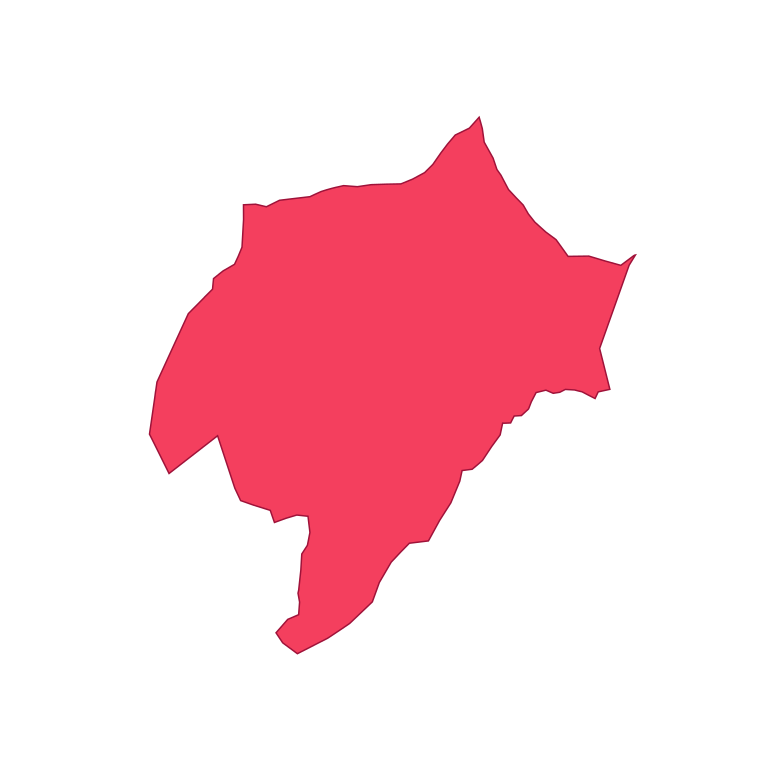 Tandjilé Est, Tandjilé, Chad (Albers equal-area conic projection), rotated 109°
{"feature_id": "50815135B89886025568853", "entity_name": "Tandjilé Est", "entity_type": "district", "adm_level": 2, "iso_a3": "TCD", "parent_name": "Chad", "parent_adm1": "Tandjilé", "projection": "albers", "projection_center": [16.729, 9.658], "detail": "fine", "context": "isolated", "style": "filled", "palette": "rose", "viewbox_px": 768, "rotation_deg": 109, "n_neighbors": 0, "source": "geoboundaries", "source_scale": "gbopen_adm2", "svg_char_len": 1887}
<svg xmlns="http://www.w3.org/2000/svg" viewBox="0 0 768 768"><g transform="rotate(109 384 384)"><path d="M180.2,188.3L180.7,189.1L182.0,190.1L185.6,192.5L194.7,198.7L195.7,215.0L196.1,225.0L196.4,232.0L203.4,251.5L197.2,260.2L191.5,268.3L187.6,280.6L181.9,294.0L176.2,302.9L169.5,310.6L167.3,314.9L165.1,319.3L159.6,329.6L148.5,341.4L145.2,346.0L144.4,347.1L134.9,354.4L122.7,368.0L110.5,374.2L104.6,378.2L100.8,380.9L114.3,386.6L125.4,397.7L136.4,402.0L147.1,405.5L160.5,409.3L170.9,414.4L181.1,423.8L189.3,433.2L194.4,447.1L199.7,461.0L206.1,473.4L209.6,486.8L213.2,492.6L213.4,493.0L215.8,496.7L217.1,498.6L219.1,501.5L222.5,506.1L227.3,511.2L231.0,515.0L238.3,530.2L244.3,542.6L254.7,552.9L255.8,563.9L260.3,575.2L274.3,570.3L300.9,562.8L310.8,563.4L319.5,564.3L329.4,572.9L332.8,575.1L339.8,579.5L350.2,577.0L360.2,581.9L360.4,582.0L360.8,582.1L381.1,591.9L410.1,594.8L456.0,599.3L464.3,597.7L465.7,597.5L471.5,596.3L507.8,589.4L511.1,586.0L522.8,574.1L538.6,558.1L487.1,524.5L531.1,491.1L540.9,481.6L541.0,467.6L540.5,450.4L550.6,442.5L542.9,433.0L536.3,423.8L533.8,412.8L548.5,405.7L561.4,403.9L571.5,406.4L585.4,402.5L586.2,402.3L586.3,402.2L606.5,397.6L609.8,397.2L617.7,392.8L629.9,389.6L637.9,398.4L654.4,405.1L658.2,400.1L661.7,395.5L667.2,378.1L653.8,365.2L642.7,354.5L631.6,346.0L621.7,338.6L621.0,338.2L593.8,324.1L573.2,323.8L550.1,319.2L536.8,313.2L526.3,308.2L517.9,290.9L494.9,287.0L474.6,282.1L451.2,280.7L440.4,282.0L435.9,272.9L430.3,269.5L424.2,266.0L421.1,265.2L408.3,261.9L394.3,257.6L382.4,259.1L381.9,257.5L379.6,251.6L375.8,251.1L371.9,250.5L369.1,243.8L360.5,239.2L355.3,239.0L352.8,238.9L350.8,238.6L347.4,238.1L342.6,237.4L337.1,228.9L337.7,221.0L334.6,215.1L330.1,210.8L327.6,201.9L327.3,198.1L326.9,194.2L328.0,186.9L329.0,179.7L321.7,178.9L315.5,168.7L280.2,191.7L191.9,190.9L180.2,188.3Z" fill="#f43f5e" stroke="#9f1239" stroke-width="1.5"/></g></svg>